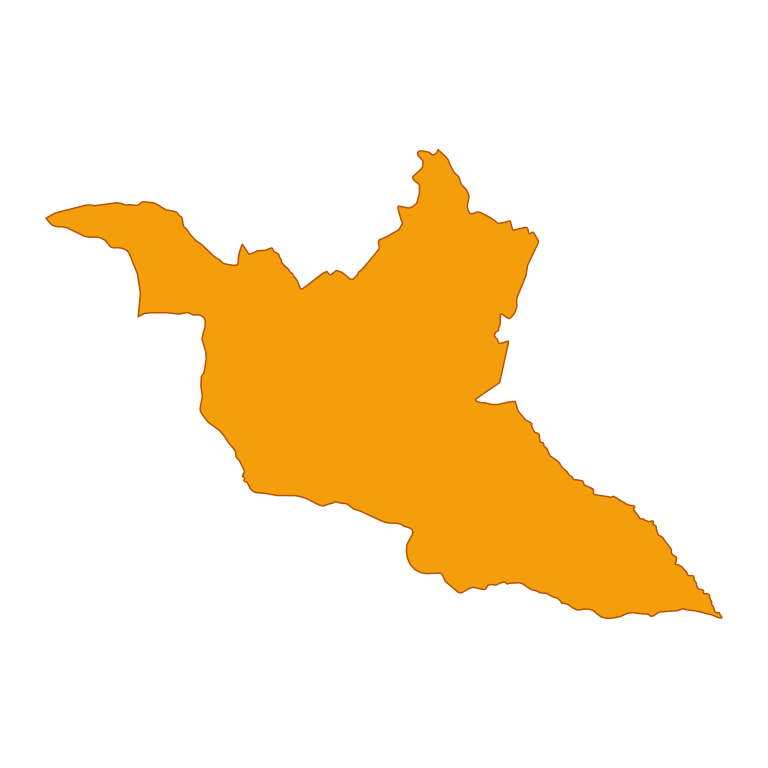 the border of Matabeleland South
{"feature_id": "ZWE-530", "entity_name": "Matabeleland South", "entity_type": "Province", "adm_level": 1, "iso_a3": "ZWE", "parent_name": "Zimbabwe", "parent_adm1": "", "projection": "orthographic", "projection_center": [29.218, -20.916], "detail": "fine", "context": "isolated", "style": "filled", "palette": "amber", "viewbox_px": 768, "rotation_deg": 0, "n_neighbors": 0, "source": "natural_earth", "source_scale": "10m", "svg_char_len": 6116}
<svg xmlns="http://www.w3.org/2000/svg" viewBox="0 0 768 768"><path d="M90.0,237.3L84.5,236.3L66.9,227.7L61.2,226.7L57.5,226.7L54.5,226.1L51.8,224.8L49.4,222.4L46.1,218.2L53.7,213.8L56.1,212.8L86.1,205.1L91.6,205.1L95.0,205.7L116.5,202.8L122.3,203.6L124.9,204.9L126.6,205.2L128.3,204.8L130.7,204.8L136.0,205.4L138.4,204.9L140.5,203.0L141.8,202.2L143.0,201.9L144.1,201.8L152.4,202.7L155.5,203.5L166.0,209.9L173.5,211.2L176.7,212.2L179.2,215.5L181.2,216.8L182.1,218.2L183.2,225.1L183.9,226.7L186.8,229.4L189.9,234.1L195.3,240.1L201.9,244.7L213.4,255.7L215.9,257.7L219.5,259.7L221.9,262.3L223.7,263.5L225.8,264.1L232.1,265.2L236.9,265.2L237.7,264.3L238.0,262.6L238.3,258.0L239.2,252.9L241.4,246.3L241.9,245.0L242.5,244.5L248.8,253.9L249.7,254.2L250.3,254.2L257.4,250.8L265.5,250.3L270.7,248.1L271.8,248.0L272.6,248.9L273.6,251.3L274.2,251.8L277.2,253.2L278.7,254.2L279.7,257.5L281.1,259.5L281.5,262.2L282.0,262.9L285.2,266.4L288.3,269.0L289.9,271.9L292.6,273.8L293.6,276.2L295.3,277.9L297.5,281.1L298.9,285.2L300.4,288.4L301.3,289.2L302.3,289.0L323.0,273.2L326.9,271.5L329.6,274.7L331.1,274.7L336.1,270.6L337.5,270.6L342.3,272.6L350.3,279.1L351.4,279.3L353.5,279.0L357.5,274.6L358.6,272.1L361.1,270.2L363.9,267.4L379.0,249.0L379.4,248.0L379.4,247.1L378.5,243.9L378.4,241.9L379.3,239.9L386.7,236.7L397.5,230.5L399.3,229.0L401.9,224.6L402.4,223.1L400.8,219.0L398.1,208.8L397.9,206.8L398.4,206.3L399.2,206.2L408.5,208.0L410.2,207.7L412.2,206.8L415.8,204.2L416.8,202.9L419.4,193.7L419.4,185.4L418.9,184.2L415.7,181.7L413.6,179.7L412.9,178.8L412.6,177.5L413.6,175.9L420.4,169.8L421.7,168.1L422.5,166.6L423.2,162.7L423.0,161.4L422.4,160.2L418.2,155.7L417.7,154.5L417.8,152.7L418.2,151.8L419.0,151.2L421.2,150.8L427.1,151.8L428.8,152.3L432.1,154.6L433.3,154.8L434.5,154.6L436.2,153.4L436.9,152.6L438.2,149.7L446.0,157.1L448.2,159.7L449.7,164.1L453.4,171.2L454.6,172.9L458.2,176.2L459.4,178.4L460.8,183.3L462.1,185.4L466.2,189.5L467.2,191.3L468.4,194.1L469.1,197.0L467.4,205.0L467.3,207.0L468.2,210.3L469.8,213.5L471.5,213.9L474.1,213.2L476.7,212.0L480.4,212.5L490.5,217.6L498.4,223.5L506.2,222.0L508.6,221.0L510.3,221.0L512.6,229.7L513.9,230.1L524.6,227.5L526.9,227.6L527.9,229.4L528.9,233.5L530.0,233.7L532.2,232.3L533.5,232.4L538.3,240.6L538.2,242.1L537.8,243.8L527.5,265.5L526.1,275.3L517.0,297.5L516.7,300.0L516.9,306.6L515.3,311.4L514.1,313.7L511.5,317.0L509.1,318.7L507.6,318.1L502.6,314.5L501.4,314.1L500.4,314.3L500.3,322.9L500.0,324.6L498.6,328.2L498.6,330.2L497.6,331.2L495.6,332.3L494.9,334.0L494.5,335.4L494.7,336.3L497.5,339.8L498.7,343.1L499.6,343.5L501.0,343.3L507.5,341.2L508.4,341.3L508.5,342.4L499.8,381.9L499.2,382.9L477.4,397.9L475.4,399.6L475.5,400.3L475.9,400.9L477.6,401.6L480.6,402.6L485.5,402.9L491.1,404.4L497.4,404.6L508.1,402.1L512.8,401.5L515.3,401.5L517.5,409.3L518.7,411.7L525.5,419.8L531.1,423.0L531.7,423.7L531.9,424.1L531.5,424.4L531.5,425.3L531.8,426.7L533.4,430.2L535.0,432.4L537.1,433.0L538.6,433.9L539.2,434.7L540.0,441.6L540.4,442.0L543.0,442.8L543.5,443.4L544.1,446.3L546.8,448.4L549.1,453.9L550.6,456.4L552.9,457.7L557.1,460.7L559.5,463.0L562.0,467.4L567.1,471.8L569.2,475.1L572.1,476.9L573.5,479.2L574.7,479.9L576.5,479.7L578.6,480.3L581.5,480.6L582.8,481.1L584.0,484.4L584.6,485.0L592.9,488.9L593.6,490.4L593.4,493.5L594.5,494.7L607.7,496.6L610.3,497.3L613.6,496.4L617.1,498.3L620.8,500.9L624.1,502.4L625.3,503.6L630.0,505.4L633.0,505.6L634.2,506.1L634.7,506.7L634.6,507.4L633.7,508.7L633.6,509.9L637.9,515.2L639.9,518.6L643.2,519.1L645.0,520.2L648.5,521.7L650.2,521.5L651.8,520.9L652.8,521.0L653.3,521.6L653.4,522.4L653.1,524.3L655.8,526.0L656.2,526.8L656.5,529.6L658.0,534.2L658.5,534.9L662.4,537.3L663.3,538.2L664.4,540.1L671.1,549.0L671.4,549.7L671.3,552.6L672.3,554.5L673.3,555.4L676.0,556.9L676.5,557.7L676.1,561.7L675.0,563.9L675.5,564.4L678.4,564.8L681.9,566.8L684.8,570.3L686.3,571.6L687.9,575.0L688.5,575.6L692.7,575.6L693.4,576.1L693.8,576.9L694.0,579.7L696.2,582.9L696.8,586.1L697.4,587.6L698.8,589.0L702.7,589.9L703.4,590.6L703.6,591.5L703.4,593.3L704.0,593.7L706.7,593.7L708.9,594.4L709.4,595.1L710.0,598.6L711.5,601.6L711.9,604.8L713.6,607.4L714.7,611.6L716.5,612.6L719.2,612.8L721.9,617.7L720.5,618.0L717.9,617.5L712.7,615.1L696.3,611.0L687.2,609.9L682.8,608.7L677.8,610.6L660.9,611.8L657.9,612.8L653.8,615.6L651.6,616.3L650.5,616.0L648.2,614.3L646.8,613.9L642.5,613.9L632.7,612.7L629.8,612.8L626.9,613.6L621.2,616.2L618.3,617.1L612.1,618.1L606.5,618.3L601.3,617.0L596.6,613.6L594.5,611.6L592.2,610.2L589.4,609.3L585.7,609.0L578.9,609.9L576.3,609.7L572.6,607.8L568.3,604.6L566.1,603.7L561.6,603.1L561.1,601.8L558.2,598.7L556.7,597.9L551.9,596.5L547.8,593.9L545.6,593.3L540.1,592.8L536.4,590.8L531.2,589.6L522.4,583.7L519.4,582.8L509.1,583.3L507.3,584.0L504.6,582.0L501.5,582.5L495.8,585.1L490.7,584.5L487.8,585.2L486.5,587.9L484.9,589.5L481.1,589.1L473.5,587.3L470.4,588.0L461.6,592.8L458.4,592.5L445.7,581.7L444.8,580.2L442.8,575.5L441.3,573.6L440.5,573.1L426.2,573.6L420.6,572.6L414.9,569.6L410.3,564.7L407.5,558.4L406.3,551.5L406.9,544.6L412.9,533.3L412.5,530.1L410.0,528.1L403.9,526.2L401.2,524.4L396.8,523.3L387.6,522.8L383.0,521.6L360.6,511.2L353.6,509.0L347.7,504.3L345.6,503.6L341.1,503.2L336.2,501.9L334.5,502.2L332.9,503.0L327.6,504.4L325.2,505.4L322.6,505.9L319.3,505.1L306.9,498.7L300.8,496.7L295.2,495.6L277.0,495.5L265.6,493.3L256.8,492.8L254.3,492.0L252.2,490.6L250.3,488.6L247.2,482.4L246.2,481.8L244.6,481.8L244.0,480.2L244.7,478.1L244.1,477.2L242.5,476.5L242.8,475.0L244.5,471.7L244.0,470.0L239.4,460.7L236.9,458.0L235.9,456.5L235.7,452.7L235.4,451.4L233.9,449.1L228.4,442.5L224.4,436.3L219.8,430.7L209.2,423.0L206.8,420.6L201.5,413.3L200.2,410.3L200.2,407.4L202.0,398.7L202.2,395.2L200.9,386.1L201.3,376.7L203.3,373.8L204.1,372.0L206.3,358.7L205.9,352.1L202.0,339.2L203.1,333.3L204.9,327.5L205.3,321.0L204.2,318.1L201.9,316.0L199.2,314.9L193.0,314.9L187.7,312.5L179.0,314.1L166.6,312.7L149.3,312.8L144.0,313.6L138.2,316.7L140.4,293.0L137.4,273.8L129.3,253.7L127.2,250.8L124.4,249.1L121.2,248.2L118.0,247.7L113.0,247.8L111.1,247.1L109.4,245.8L105.3,240.4L100.1,237.6L95.1,237.1L90.0,237.3Z" fill="#f59e0b" stroke="#b45309" stroke-width="1.5"/></svg>